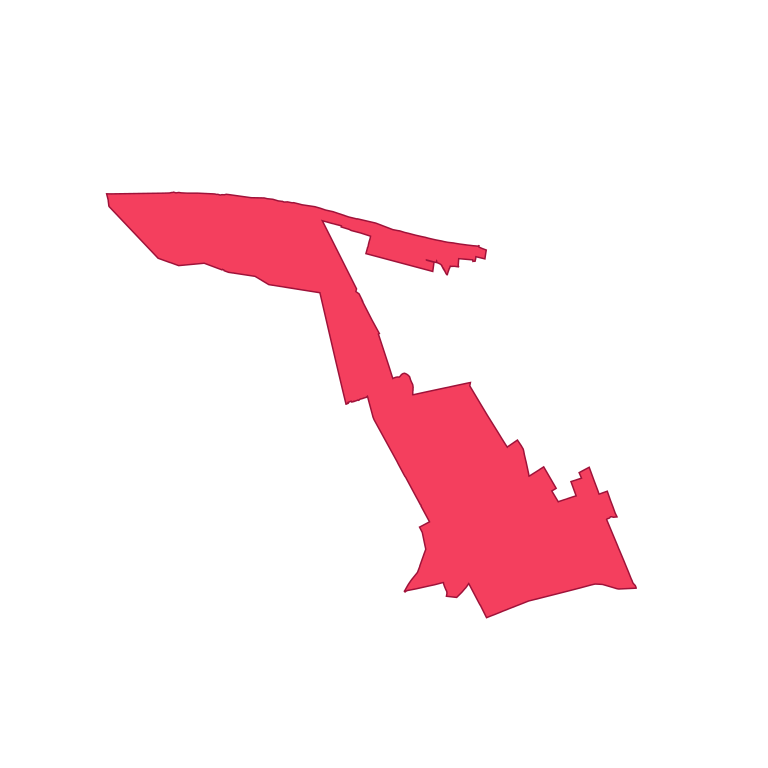 Sacele, Constanta, Romania, rotated 241°
{"feature_id": "2599482B64412955341960", "entity_name": "Sacele", "entity_type": "district", "adm_level": 2, "iso_a3": "ROU", "parent_name": "Romania", "parent_adm1": "Constanta", "projection": "equal_earth", "projection_center": [28.684, 44.499], "detail": "fine", "context": "isolated", "style": "filled", "palette": "rose", "viewbox_px": 768, "rotation_deg": 241, "n_neighbors": 0, "source": "geoboundaries", "source_scale": "gbopen_adm2", "svg_char_len": 5940}
<svg xmlns="http://www.w3.org/2000/svg" viewBox="0 0 768 768"><g transform="rotate(241 384 384)"><path d="M193.1,301.7L193.0,301.8L192.7,301.4L191.9,301.6L192.1,302.4L192.1,302.8L192.1,303.3L192.1,303.8L191.9,304.8L191.5,305.9L189.3,312.7L185.4,326.0L183.9,330.9L182.9,334.8L181.9,338.8L181.5,339.7L180.9,339.4L180.0,339.2L177.9,338.8L174.4,338.4L172.1,338.3L171.4,338.0L170.9,337.8L170.3,337.5L168.1,335.7L162.1,344.1L164.1,351.1L164.8,353.0L165.8,355.6L166.0,356.4L166.9,358.4L167.2,359.0L167.7,360.0L168.1,360.8L168.5,361.3L168.3,361.4L146.6,360.9L144.0,360.9L143.9,361.0L143.7,361.1L143.2,361.0L129.9,360.4L129.3,365.2L128.8,368.6L127.9,375.9L127.7,377.9L127.1,382.1L126.9,384.1L124.9,399.0L124.2,404.5L124.1,405.3L120.7,418.0L116.1,435.4L113.4,445.7L110.6,456.5L107.9,467.4L107.1,470.3L106.9,471.0L106.5,472.0L105.2,474.1L103.0,477.6L102.4,478.3L94.4,486.2L92.4,488.1L91.6,489.0L90.9,489.9L83.2,505.5L83.8,505.8L85.2,506.0L85.7,506.0L86.2,506.0L87.6,505.6L88.8,505.4L89.3,505.3L89.8,505.3L91.5,505.6L94.2,505.8L102.0,506.8L102.9,506.9L104.7,507.1L109.9,507.7L113.2,508.1L125.2,509.4L125.6,509.4L129.5,509.9L157.6,513.0L157.7,513.6L157.9,513.8L157.9,514.0L157.9,514.4L157.7,514.7L157.6,515.1L157.5,515.8L157.5,516.3L157.6,516.7L157.9,517.1L157.9,517.5L158.0,517.8L157.9,518.0L157.5,518.8L156.6,519.7L156.1,520.3L156.0,520.6L155.9,520.9L155.4,522.0L155.3,522.4L154.9,523.0L154.8,523.4L159.0,523.6L165.8,524.7L172.2,525.6L182.0,527.3L183.4,518.7L183.5,518.7L186.8,519.3L197.7,520.9L211.7,523.1L211.8,518.0L211.8,517.9L211.9,511.7L205.9,511.1L208.0,500.2L193.0,497.8L193.3,496.6L193.8,494.2L196.2,481.3L196.5,479.9L196.5,479.3L209.1,478.9L209.3,484.0L224.6,483.7L234.1,483.5L233.8,478.8L233.7,478.1L233.1,467.5L233.0,467.1L233.1,466.2L233.9,466.4L235.1,466.9L247.3,470.6L248.9,471.0L252.0,471.9L254.1,472.5L257.7,473.7L259.6,474.2L263.6,474.1L270.3,473.5L270.2,472.5L269.3,463.2L269.2,461.6L269.0,461.2L273.1,460.9L280.8,460.5L283.4,460.4L287.6,460.2L307.0,459.2L318.7,458.8L340.8,458.1L343.4,460.3L344.1,458.1L344.7,456.2L355.4,421.1L357.1,415.5L358.8,409.8L360.2,405.1L360.6,404.0L360.7,403.9L361.8,404.6L362.5,405.0L363.9,405.8L364.2,406.0L364.4,406.3L364.6,406.5L365.4,406.8L366.0,407.2L366.7,407.7L367.1,407.9L368.9,408.6L369.2,408.7L369.5,408.8L370.6,408.9L371.2,408.9L372.5,409.0L374.6,409.2L377.9,409.9L379.6,409.5L380.2,409.3L381.6,408.6L382.6,407.9L383.5,407.1L383.9,405.6L383.8,403.9L382.8,401.5L382.7,400.5L383.5,399.4L384.1,397.8L384.3,396.7L384.5,395.5L384.5,394.4L386.8,394.8L397.6,397.0L430.4,403.3L430.5,403.7L430.4,404.4L445.9,404.5L467.0,405.2L466.9,405.5L474.9,405.9L478.5,404.2L480.5,406.1L556.7,409.2L555.4,410.5L553.5,412.5L550.0,416.0L543.0,423.4L542.1,422.7L536.1,428.5L534.2,429.7L527.5,436.7L519.8,443.9L517.8,442.2L515.9,440.2L514.1,438.5L513.2,437.7L512.4,437.1L512.0,436.8L511.6,436.2L511.3,435.7L510.9,435.4L506.8,431.4L458.8,481.2L466.3,486.8L470.3,482.6L471.7,481.2L471.9,481.3L471.7,481.5L470.5,482.8L466.1,487.3L464.8,488.8L465.8,489.5L466.0,489.7L465.9,489.7L464.7,489.0L463.4,490.1L462.3,490.9L461.1,491.6L460.4,491.8L460.0,491.8L459.7,492.0L459.5,491.8L457.9,491.8L456.1,491.7L454.6,491.8L454.9,492.0L453.5,492.0L452.7,491.9L450.8,491.8L449.4,491.9L448.4,492.4L448.9,492.4L449.1,492.4L449.2,492.5L452.1,495.7L452.7,496.4L452.9,496.6L453.4,497.2L453.7,497.8L454.9,499.1L453.9,500.4L453.8,500.7L453.7,501.0L452.5,503.1L451.7,504.1L450.4,505.9L450.6,506.1L450.8,505.8L457.4,510.1L449.6,521.7L448.1,521.2L447.8,522.2L447.4,522.7L447.2,523.1L447.5,523.6L448.3,523.9L448.6,524.5L450.8,526.1L444.5,532.9L449.2,536.5L451.6,538.4L455.0,535.5L457.5,533.6L457.8,533.5L458.2,533.4L458.4,533.7L458.6,533.9L458.9,534.1L459.1,533.9L459.0,533.5L459.1,533.0L459.4,532.4L460.2,531.3L461.8,528.9L462.9,527.4L465.3,524.0L466.6,522.3L469.7,518.1L472.7,514.3L473.5,513.4L476.9,508.6L479.5,505.5L481.0,503.9L484.8,499.3L488.2,495.5L490.4,493.1L492.3,491.2L494.7,488.4L499.0,483.6L503.8,478.6L506.5,475.6L510.2,472.1L511.6,470.3L514.7,466.6L528.5,455.0L529.1,454.4L541.3,440.9L541.4,440.3L541.9,439.9L547.2,434.1L559.5,422.9L564.4,417.3L568.5,413.6L572.6,409.5L580.5,399.2L582.9,396.7L586.4,392.9L587.0,391.5L590.0,388.0L591.6,384.8L593.1,383.6L593.6,382.7L594.2,382.0L595.4,380.3L599.4,376.4L602.7,371.7L604.8,369.4L611.3,358.2L624.9,340.1L626.4,338.0L626.9,336.1L628.2,334.0L628.7,332.3L630.4,330.7L631.1,329.3L632.1,328.3L633.4,326.3L641.1,313.8L646.2,304.6L649.5,299.3L651.0,297.4L652.0,294.7L653.8,293.0L653.9,292.2L654.4,291.2L655.1,288.9L657.9,283.5L665.9,268.6L682.4,237.8L684.8,233.6L678.4,231.9L677.9,231.6L673.2,229.7L672.4,229.6L603.5,247.4L594.1,255.6L593.9,255.9L587.1,261.8L576.8,285.3L562.4,297.6L562.5,297.9L562.6,298.2L562.4,298.3L561.9,298.7L561.7,299.0L561.4,299.2L561.0,299.2L560.6,299.1L557.1,302.1L554.4,305.6L554.3,305.9L554.0,306.3L553.8,306.4L540.7,323.4L526.8,331.4L494.9,372.2L429.5,353.5L398.9,344.9L384.8,341.0L384.6,341.6L384.6,341.8L384.6,342.2L384.8,342.5L384.5,343.0L384.5,343.5L384.7,343.8L384.9,343.9L385.2,343.9L385.3,343.7L385.4,343.9L385.2,344.2L385.0,346.6L384.8,347.0L384.6,347.2L384.3,347.1L384.2,346.9L383.9,347.0L383.3,349.0L383.5,349.1L383.6,349.3L383.5,349.5L383.2,349.6L382.8,351.9L382.7,352.6L382.7,353.2L382.6,353.5L382.2,353.7L382.0,353.9L382.0,354.3L382.1,354.7L382.2,354.9L382.3,355.2L382.3,356.2L382.1,356.7L381.9,357.3L381.8,357.9L381.6,358.6L381.6,359.3L381.3,360.4L381.2,361.1L380.9,362.1L381.2,362.8L381.3,363.6L361.3,358.6L360.7,358.4L360.4,358.4L360.0,358.3L357.5,358.0L309.1,357.8L308.7,357.7L295.8,357.5L293.1,357.5L291.9,357.7L269.7,357.4L266.0,357.4L260.7,357.3L260.3,357.6L260.1,357.7L259.9,357.7L259.3,357.2L241.4,357.0L241.6,345.7L235.6,345.5L223.1,341.6L220.4,340.8L219.2,340.4L218.5,339.6L215.5,336.1L215.2,335.8L211.5,331.6L207.5,327.1L207.3,327.0L207.1,326.8L206.7,326.4L205.4,324.8L203.2,322.2L202.9,321.7L199.8,314.0L198.7,311.6L197.6,309.4L196.7,307.7L195.0,304.9L193.6,302.7L193.1,301.7Z" fill="#f43f5e" stroke="#9f1239" stroke-width="1.5"/></g></svg>